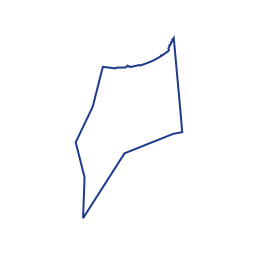 the district of 63, Qatar, rotated 207°
{"feature_id": "91078587B45177861896297", "entity_name": "63", "entity_type": "district", "adm_level": 2, "iso_a3": "QAT", "parent_name": "Qatar", "parent_adm1": "", "projection": "natural_earth1", "projection_center": [51.521, 25.322], "detail": "fine", "context": "isolated", "style": "outline", "palette": "blue", "viewbox_px": 256, "rotation_deg": 207, "n_neighbors": 0, "source": "geoboundaries", "source_scale": "gbopen_adm2", "svg_char_len": 746}
<svg xmlns="http://www.w3.org/2000/svg" viewBox="0 0 256 256"><g transform="rotate(207 128 128)"><path d="M77.8,148.9L89.8,168.2L128.0,228.8L128.0,227.8L128.7,227.1L128.1,226.5L128.1,224.5L128.7,223.8L128.1,223.2L128.1,221.2L128.7,220.6L128.1,219.9L128.2,217.4L126.8,215.9L126.8,215.4L130.4,208.3L130.7,208.3L131.0,208.2L131.4,207.8L131.5,207.4L131.5,207.1L131.3,206.8L132.9,204.3L135.0,201.2L137.5,197.9L139.0,196.2L142.1,192.7L145.7,189.1L146.6,189.2L150.0,186.3L153.8,183.3L154.9,183.6L155.6,183.1L156.6,183.4L156.8,182.3L157.5,181.8L157.8,180.7L165.7,176.5L166.1,175.5L170.6,173.8L178.2,171.1L169.1,130.9L168.1,91.5L144.3,64.3L127.2,27.5L127.1,27.2L119.6,103.9L85.1,143.3L77.8,148.9Z" fill="none" stroke="#1e3a8a" stroke-width="2"/></g></svg>